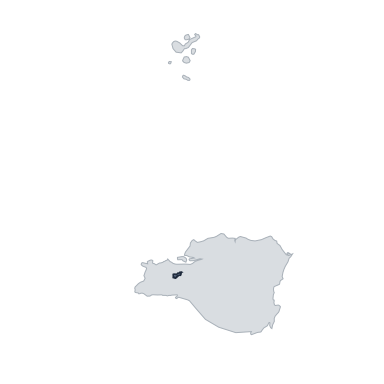 location of Santa Isabel, Azuay, Ecuador, rotated 75°
{"feature_id": "8360857B32737896699989", "entity_name": "Santa Isabel", "entity_type": "district", "adm_level": 2, "iso_a3": "ECU", "parent_name": "Ecuador", "parent_adm1": "Azuay", "projection": "equal_earth", "projection_center": [-79.364, -3.175], "detail": "fine", "context": "in_parent", "style": "filled", "palette": "slate", "viewbox_px": 384, "rotation_deg": 75, "n_neighbors": 0, "source": "geoboundaries", "source_scale": "gbopen_adm2", "svg_char_len": 5485}
<svg xmlns="http://www.w3.org/2000/svg" viewBox="0 0 384 384"><g transform="rotate(75 192 192)"><path d="M344.6,150.2L343.5,151.1L341.0,151.5L339.0,150.7L338.2,150.7L338.1,151.5L340.7,153.8L341.9,157.8L343.8,160.3L344.9,161.5L345.0,162.4L344.7,164.0L344.6,165.4L345.2,171.5L344.8,171.9L343.4,171.9L342.2,170.8L339.2,186.1L329.5,201.2L318.5,212.0L305.8,218.2L296.4,222.6L295.0,224.2L290.4,231.8L290.2,232.6L290.8,233.9L290.9,234.7L290.2,235.2L289.6,235.3L289.3,234.9L289.1,234.0L288.5,233.1L287.8,232.8L287.4,233.0L287.3,233.9L286.4,238.0L286.3,240.0L285.9,240.8L286.0,242.6L285.0,244.2L284.3,247.0L283.5,247.8L282.5,252.1L281.1,256.4L281.0,257.8L281.5,258.9L281.6,259.7L281.0,262.3L277.7,264.9L276.9,266.1L276.5,267.5L276.7,268.7L276.6,269.7L275.6,270.1L274.5,272.5L273.7,273.1L271.7,272.2L270.1,272.2L269.0,271.5L266.6,267.4L265.8,265.0L265.5,261.7L263.2,259.6L260.3,260.1L259.4,259.4L257.2,258.0L255.3,256.4L253.9,255.6L252.8,256.0L251.0,258.6L249.3,259.8L248.6,259.8L247.6,259.0L247.4,258.1L249.9,253.4L248.0,253.3L247.4,252.3L247.3,251.2L247.0,249.9L247.3,248.4L248.3,247.6L249.8,248.3L250.8,248.3L251.5,246.9L252.9,245.8L253.1,245.1L252.4,242.8L252.2,241.6L252.4,240.9L252.4,238.5L251.9,237.5L251.9,236.2L251.5,235.4L251.4,233.7L250.4,232.8L253.5,231.2L254.6,229.9L256.0,228.8L257.2,227.0L257.9,225.3L259.8,217.4L261.5,212.4L261.2,210.1L259.8,206.9L259.5,202.1L259.6,200.7L259.4,199.6L258.5,201.5L258.7,208.5L257.9,211.7L256.7,212.4L255.9,211.9L256.4,206.8L255.5,207.7L254.1,211.2L251.8,213.7L251.7,214.6L251.2,215.7L249.4,214.7L248.1,213.6L243.7,207.9L240.8,206.7L239.1,204.7L238.7,203.8L238.5,202.6L240.3,201.4L242.1,199.8L242.3,196.2L242.2,193.4L240.9,188.6L241.5,182.4L241.2,179.9L239.6,174.7L240.8,172.1L244.8,170.2L246.1,168.9L247.0,164.8L248.0,162.3L249.8,163.3L251.2,163.2L249.3,162.3L247.7,158.5L247.5,156.8L250.5,151.7L252.0,150.4L254.0,147.7L255.6,143.7L256.0,137.2L255.3,132.7L254.8,127.8L255.8,126.6L258.3,125.9L260.3,124.4L261.3,122.9L263.7,123.1L266.5,120.9L270.9,119.8L277.0,117.2L278.4,115.0L277.8,110.9L280.1,113.4L281.1,115.3L284.3,117.4L288.0,121.2L290.5,123.2L293.1,124.9L297.0,126.8L299.4,126.5L300.4,129.4L301.3,130.2L303.5,131.2L303.8,131.5L304.6,136.9L305.1,137.6L307.0,138.5L309.4,138.8L310.4,138.6L312.5,140.1L315.7,141.3L316.8,141.5L317.4,141.2L317.6,140.7L318.5,140.8L319.9,141.5L322.0,141.6L323.2,141.0L323.5,138.0L323.9,137.4L325.4,136.3L326.1,136.5L329.9,138.9L330.7,139.7L331.7,141.3L333.4,143.8L335.4,145.3L338.3,146.0L341.2,148.5L344.6,150.2ZM45.9,146.9L47.1,148.5L47.7,153.2L51.5,158.1L51.9,160.8L51.6,162.0L51.8,162.5L53.6,164.5L54.8,166.5L52.8,171.2L48.6,173.2L44.1,173.2L43.2,172.6L42.0,170.8L41.8,169.2L42.5,167.7L44.8,165.3L48.3,163.2L48.8,161.6L47.3,160.1L46.4,157.0L44.1,154.8L43.0,148.1L42.3,147.8L40.7,148.7L40.0,147.9L39.9,147.5L41.5,146.0L41.8,144.9L44.3,144.4L45.3,145.3L45.9,146.9ZM63.4,167.0L62.5,167.0L59.6,164.6L59.8,162.2L60.9,160.6L64.7,159.8L66.2,161.3L66.1,164.1L64.8,166.2L63.8,166.6L63.4,167.0ZM254.0,222.4L253.7,223.3L251.9,223.2L251.4,222.9L251.8,218.3L252.3,216.8L253.8,215.4L255.0,214.7L256.5,214.8L258.2,216.1L256.2,218.5L254.7,219.2L254.0,222.4ZM43.1,159.2L41.2,159.6L39.6,158.7L38.9,157.4L38.8,155.4L38.9,154.7L42.4,154.0L43.6,155.7L43.5,158.2L43.1,159.2ZM80.6,170.5L78.4,171.5L77.1,170.5L77.0,169.9L78.2,168.4L79.4,167.5L80.5,165.7L82.4,164.7L83.0,164.9L83.4,165.3L83.5,165.9L82.9,167.3L81.7,168.3L80.6,170.5ZM59.0,156.0L58.1,156.7L54.6,155.8L53.5,154.4L54.4,152.4L55.1,151.6L57.2,152.3L59.4,154.6L59.0,156.0ZM61.8,181.3L61.0,181.3L60.0,180.2L60.8,178.3L62.3,179.3L62.6,180.1L61.8,181.3ZM276.8,116.0L275.8,116.2L275.3,115.0L276.6,113.6L277.0,113.3L276.8,116.0Z" fill="#d9dde1" stroke="#a8b0b8" stroke-width="1"/><path d="M266.3,224.2L266.3,224.3L266.5,224.3L266.6,224.8L266.8,225.0L267.0,225.3L267.0,225.5L266.9,225.6L266.8,225.8L266.9,226.0L266.8,226.3L266.7,226.5L266.7,226.8L267.0,226.9L267.0,227.0L267.1,227.3L267.3,227.5L267.5,227.8L267.5,228.0L267.5,228.3L267.4,228.4L267.4,228.5L267.2,228.7L267.2,228.8L267.1,229.0L267.1,229.3L267.1,229.5L267.0,229.8L267.0,230.0L267.0,230.3L266.9,230.4L266.9,230.5L266.7,230.6L266.4,230.7L266.4,230.8L266.3,231.0L266.2,231.0L266.3,231.0L266.5,231.3L266.8,231.4L266.8,231.5L267.0,231.5L267.3,231.6L267.5,231.7L267.8,231.7L268.0,231.7L268.1,231.8L268.2,231.7L268.3,231.7L268.5,231.7L268.8,231.7L269.0,231.6L269.0,231.8L269.3,231.9L269.3,232.0L269.5,232.1L269.5,232.3L269.8,232.3L269.8,232.2L269.9,231.9L270.0,231.8L270.2,231.7L270.3,231.6L270.4,231.4L270.2,231.3L270.2,231.2L270.1,230.9L270.3,230.8L270.5,230.7L270.8,230.5L270.8,230.4L271.0,230.4L271.0,230.2L270.9,230.2L270.7,230.1L270.5,229.9L270.5,229.7L270.6,229.4L270.6,229.2L270.4,229.1L270.3,228.9L270.3,229.0L270.3,228.9L270.2,228.9L270.2,229.0L270.1,228.9L270.2,228.7L270.2,228.4L270.0,228.2L269.9,228.2L269.7,228.1L269.6,228.3L269.6,228.2L269.5,228.3L269.5,228.2L269.4,228.3L269.4,228.2L269.4,227.9L269.4,227.7L269.5,227.7L269.4,227.6L269.3,227.4L269.3,227.2L269.2,227.2L269.2,226.9L269.2,226.7L269.1,226.4L269.1,226.1L269.1,225.9L269.2,225.7L269.2,225.4L269.2,225.2L269.3,225.0L269.4,224.9L269.5,224.9L269.5,224.7L269.4,224.7L269.2,224.6L269.0,224.4L268.9,224.2L268.6,224.1L268.4,223.8L268.2,223.9L268.1,224.0L268.0,223.9L267.9,223.9L267.8,223.7L267.7,223.7L267.4,223.6L267.4,223.4L267.2,223.2L266.9,223.0L266.9,222.9L266.7,222.9L266.7,222.7L266.6,222.8L266.8,223.1L266.8,223.3L266.8,223.5L266.7,223.6L266.6,223.8L266.4,223.9L266.4,224.0L266.3,224.2Z" fill="#64748b" stroke="#1e293b" stroke-width="1.5"/></g></svg>